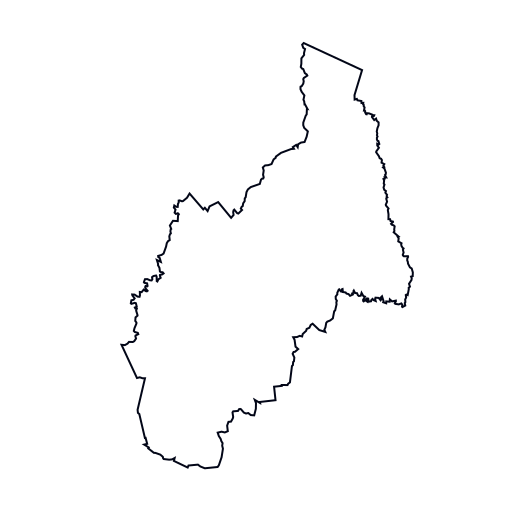 Mount Barker, South Australia, Australia, rotated 348°
{"feature_id": "25037944B83528217861906", "entity_name": "Mount Barker", "entity_type": "district", "adm_level": 2, "iso_a3": "AUS", "parent_name": "Australia", "parent_adm1": "South Australia", "projection": "equal_earth", "projection_center": [138.877, -35.069], "detail": "fine", "context": "isolated", "style": "outline", "palette": "ink", "viewbox_px": 512, "rotation_deg": 348, "n_neighbors": 0, "source": "geoboundaries", "source_scale": "gbopen_adm2", "svg_char_len": 6145}
<svg xmlns="http://www.w3.org/2000/svg" viewBox="0 0 512 512"><g transform="rotate(348 256 256)"><path d="M106.0,314.9L114.2,350.6L117.1,350.5L119.6,352.0L122.0,352.5L108.2,381.8L107.9,384.9L109.0,386.3L109.5,410.9L110.2,410.9L110.5,417.1L107.4,417.2L111.3,421.0L110.6,421.8L115.2,427.3L116.7,427.7L121.1,430.4L123.1,433.0L123.1,434.6L123.5,435.4L128.8,437.2L131.7,437.5L134.4,436.7L133.1,439.4L145.2,448.7L146.4,446.9L155.8,448.0L157.8,450.3L161.8,453.0L174.6,454.4L176.2,452.9L180.5,445.7L183.6,437.6L183.5,434.5L184.4,432.1L183.6,429.9L183.4,427.5L182.2,424.4L181.8,420.8L185.8,420.7L188.8,422.1L192.0,421.5L192.5,415.9L194.6,412.5L197.1,412.8L199.5,410.1L200.2,408.7L200.5,404.1L201.4,403.2L206.2,403.8L207.6,402.3L208.7,402.3L209.4,402.7L211.6,406.7L213.5,408.0L215.8,408.0L217.8,410.5L221.1,411.5L224.1,405.4L225.4,399.9L224.9,396.5L229.5,400.7L229.6,399.6L245.1,401.1L246.5,387.6L254.2,388.4L254.3,387.5L260.0,388.8L260.9,387.6L262.9,386.7L268.3,371.1L269.4,370.4L270.3,367.4L271.2,366.9L272.4,363.3L271.5,359.3L272.8,357.7L274.2,357.8L277.9,355.8L275.8,352.9L276.3,346.0L275.5,343.2L279.3,343.8L282.1,343.2L284.4,344.3L285.5,342.0L289.5,339.6L290.4,337.9L293.3,337.3L295.2,334.8L297.3,334.0L302.5,341.6L308.0,344.7L307.5,342.4L309.1,340.2L310.8,336.0L312.1,335.0L315.1,334.5L318.2,333.0L321.0,326.3L322.1,325.7L324.7,320.1L325.0,317.8L325.8,316.7L325.1,314.6L325.5,312.2L327.6,310.4L327.8,309.0L330.0,306.0L330.6,305.9L331.6,308.3L332.3,308.6L333.2,306.4L333.8,306.3L333.5,309.3L336.1,310.3L336.7,311.6L338.6,312.5L339.7,314.5L342.7,313.8L342.3,312.6L344.0,312.2L344.0,310.6L344.5,310.1L345.2,312.8L347.1,313.4L347.5,315.5L348.3,316.5L350.2,316.6L351.6,314.0L352.7,317.5L354.1,318.4L351.6,321.2L351.5,322.3L351.9,322.8L353.5,321.9L355.0,323.4L355.0,320.7L355.7,320.5L356.9,321.0L356.7,324.1L359.1,324.2L359.7,323.0L361.1,322.2L361.7,323.5L363.7,324.9L363.6,322.7L364.2,321.6L367.3,322.5L368.7,325.2L369.7,324.2L369.5,322.5L370.9,321.6L371.4,326.7L370.8,327.7L371.3,328.0L373.5,329.3L374.0,327.5L377.2,328.5L377.9,326.3L379.7,328.7L383.5,328.7L383.4,329.4L381.9,331.0L382.3,331.8L385.6,333.0L388.3,332.6L389.0,334.1L388.3,335.9L388.6,336.4L391.7,335.5L391.7,333.0L392.5,332.2L392.9,329.5L394.2,327.9L394.4,325.3L395.1,325.0L396.2,325.8L398.6,320.1L398.7,318.9L400.2,318.0L399.9,315.0L403.1,311.8L403.7,310.1L403.4,308.4L405.1,308.3L406.0,304.6L405.7,300.6L404.2,299.1L403.1,295.0L403.3,293.3L403.0,291.8L403.4,290.0L404.6,288.5L404.6,287.8L400.6,287.0L399.9,286.1L399.8,285.4L401.1,283.3L401.0,280.4L401.9,279.3L401.2,278.6L400.4,276.5L400.4,274.9L401.0,273.8L398.2,271.3L399.2,268.4L398.6,266.7L399.5,266.6L395.6,261.4L396.6,260.3L396.7,258.7L397.8,255.8L397.0,254.6L395.3,253.6L394.8,252.6L397.1,251.2L397.1,250.8L394.9,249.8L394.8,247.9L393.2,247.5L394.3,242.7L394.5,238.4L395.5,237.1L393.6,233.6L393.6,232.8L395.5,230.1L395.3,227.2L395.5,226.5L396.7,226.0L396.2,224.6L396.9,223.4L395.7,221.0L396.6,219.5L395.2,217.9L395.0,215.5L396.5,212.8L396.0,211.8L397.0,208.9L396.7,207.2L398.0,207.1L398.1,205.7L399.7,206.2L399.0,203.6L399.9,202.9L400.4,201.5L399.8,197.2L398.8,195.9L399.9,195.6L399.3,194.3L400.6,192.8L398.2,190.8L399.1,188.4L398.6,186.9L397.3,186.1L397.0,184.0L395.1,179.5L395.4,178.7L398.7,175.7L397.6,173.1L397.9,171.5L398.4,171.9L398.5,172.8L399.9,172.1L399.6,169.0L398.8,168.6L398.5,167.1L398.9,165.3L399.7,164.5L399.4,162.9L400.1,161.4L400.0,159.3L401.4,156.1L403.1,153.6L403.7,150.8L402.2,148.8L402.0,146.6L399.9,147.6L398.3,144.1L398.5,143.6L400.5,143.5L400.9,142.9L399.2,142.4L399.1,141.9L396.2,140.0L394.3,139.4L393.7,140.4L393.2,140.2L392.6,138.3L392.9,137.0L392.5,136.1L391.9,136.1L393.1,133.2L392.5,132.0L392.8,130.6L392.3,130.0L392.8,128.5L391.0,128.3L391.3,126.3L387.6,124.8L387.3,123.3L385.0,123.5L385.8,119.1L398.4,96.2L346.9,57.6L345.1,58.9L345.5,62.2L347.0,63.7L345.1,67.6L344.9,69.3L341.5,72.1L340.3,77.5L339.1,80.4L340.0,82.3L341.1,83.0L341.8,87.3L343.4,89.0L343.7,90.2L339.8,91.8L339.0,92.8L339.0,95.0L338.1,97.2L336.1,99.3L334.8,99.6L334.6,100.2L334.2,102.1L334.8,104.9L336.7,109.0L334.9,113.0L335.3,114.7L335.0,117.7L335.4,117.7L336.8,122.5L336.5,122.3L335.0,128.0L333.8,129.1L330.0,135.3L329.4,137.9L329.8,140.7L332.6,144.9L330.3,149.9L327.2,154.6L323.6,154.4L320.4,155.5L319.4,158.2L318.4,155.7L314.7,157.1L315.4,159.0L312.4,158.7L301.9,160.3L296.1,162.9L295.7,164.0L293.3,165.2L290.3,169.3L286.9,169.7L283.7,169.3L281.1,170.8L281.3,174.0L279.8,178.0L279.9,180.6L279.2,181.7L278.1,181.6L276.8,182.3L274.7,186.3L265.2,187.5L261.9,189.2L260.0,191.5L258.1,196.4L257.0,197.3L256.3,200.0L254.4,201.8L253.4,204.4L252.2,204.9L251.0,206.5L251.9,208.1L247.5,210.8L246.5,210.2L244.4,206.1L243.6,206.6L242.8,208.3L242.6,211.2L239.6,213.5L230.2,195.4L220.9,197.8L218.0,202.0L216.0,198.2L214.1,199.5L204.0,181.1L200.6,184.7L196.0,187.1L195.0,187.1L192.8,185.7L191.9,185.7L191.5,187.6L190.5,188.8L189.6,191.7L188.2,191.3L186.6,189.6L185.7,191.5L186.9,193.9L185.4,196.7L186.4,198.2L188.4,197.9L189.2,199.1L188.2,200.1L186.7,205.6L182.1,204.3L178.1,208.3L178.7,211.9L178.1,212.2L177.4,214.1L177.4,216.2L176.4,216.8L175.3,218.7L174.9,222.5L173.0,223.2L171.4,224.9L170.0,228.1L166.1,234.4L163.9,235.3L160.3,235.6L160.2,236.7L161.4,237.9L161.7,242.0L158.2,239.3L158.6,243.5L158.2,244.5L159.1,247.5L158.8,251.2L159.6,252.0L161.3,252.5L162.0,253.8L160.5,254.5L158.1,254.6L157.9,255.3L158.2,257.5L155.7,258.5L154.2,260.4L153.7,259.9L154.5,255.6L154.2,254.3L151.5,254.3L149.9,255.1L149.8,257.2L148.8,258.2L147.2,257.7L144.9,256.0L142.6,255.6L140.9,258.3L141.3,259.1L143.8,260.1L143.7,262.8L143.2,263.1L141.8,262.4L141.1,263.4L141.2,264.6L142.7,267.5L141.9,267.9L140.8,267.4L139.2,265.5L136.6,267.6L134.9,267.0L134.3,270.4L133.6,271.7L131.7,271.1L129.2,268.5L126.9,267.9L126.9,268.9L128.5,272.2L127.1,273.4L124.9,273.4L123.7,276.3L124.2,276.9L127.7,276.6L128.7,277.2L128.8,280.8L126.8,281.2L127.1,282.3L128.4,282.8L127.4,284.5L127.8,289.1L127.7,289.7L125.4,291.0L124.4,294.4L125.2,296.2L125.0,297.2L122.1,301.4L120.9,303.9L121.6,305.1L124.4,306.6L124.6,308.0L121.7,308.7L121.3,309.3L121.5,311.8L119.2,314.0L117.6,314.5L113.9,313.6L112.1,315.0L109.2,315.9L106.0,314.9Z" fill="none" stroke="#020617" stroke-width="2"/></g></svg>